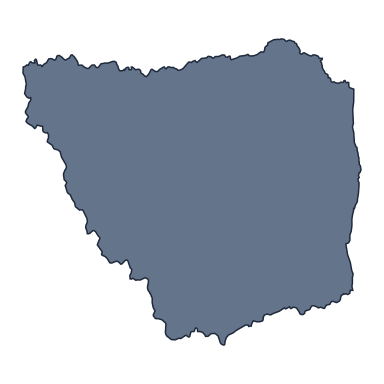 Maimine, Debub, Eritrea
{"feature_id": "51966322B74270898723774", "entity_name": "Maimine", "entity_type": "district", "adm_level": 2, "iso_a3": "ERI", "parent_name": "Eritrea", "parent_adm1": "Debub", "projection": "equal_earth", "projection_center": [38.484, 14.552], "detail": "fine", "context": "isolated", "style": "filled", "palette": "slate", "viewbox_px": 384, "rotation_deg": 0, "n_neighbors": 0, "source": "geoboundaries", "source_scale": "gbopen_adm2", "svg_char_len": 5771}
<svg xmlns="http://www.w3.org/2000/svg" viewBox="0 0 384 384"><path d="M361.0,169.8L360.4,166.0L359.2,164.0L359.3,161.9L358.9,161.2L358.9,157.8L358.4,156.5L357.8,152.2L357.3,151.2L357.0,147.6L355.6,146.0L355.3,144.6L354.4,142.8L353.7,132.1L352.6,127.9L352.6,126.1L353.4,123.5L352.7,109.7L353.7,101.7L353.8,89.1L349.6,87.7L348.9,86.7L348.7,82.5L347.8,82.3L346.3,82.6L345.5,82.0L345.1,80.6L344.5,80.5L343.9,80.8L343.4,82.1L342.9,82.4L340.7,82.2L339.3,83.1L336.8,83.1L335.0,82.5L334.0,81.8L332.8,82.3L331.4,81.7L331.1,81.3L330.5,78.7L329.4,77.5L328.2,77.7L327.9,74.9L327.5,74.4L325.2,73.3L324.3,71.1L323.3,69.9L322.1,66.9L322.3,65.6L321.7,64.5L321.5,62.6L320.5,61.5L320.5,60.8L322.1,59.7L322.3,58.3L319.5,58.4L319.0,58.0L318.6,56.8L318.0,56.1L315.2,55.0L313.0,54.9L311.7,55.9L309.9,55.8L304.2,52.8L303.1,53.0L301.6,54.2L300.0,53.4L299.5,52.8L300.1,51.6L300.0,50.3L298.8,47.8L297.4,46.1L296.4,43.6L295.0,43.1L294.2,41.6L292.1,41.1L290.4,40.2L288.9,40.2L286.6,41.3L285.5,40.8L284.0,39.3L281.2,38.9L279.6,39.5L278.0,39.3L273.9,39.7L268.2,42.6L267.8,43.1L267.5,45.3L265.5,46.6L265.0,47.5L264.4,50.6L263.6,52.1L260.8,51.9L256.9,54.7L253.6,55.8L250.5,56.0L249.0,55.6L248.2,54.5L247.7,54.4L245.6,55.4L239.7,56.2L237.3,57.8L231.5,59.7L230.6,59.3L230.4,57.3L230.0,56.3L229.2,56.1L227.2,57.2L225.9,57.2L224.6,55.2L223.8,54.9L221.5,55.1L219.1,56.4L215.1,56.6L213.4,58.2L212.6,58.1L211.2,56.8L208.4,56.3L207.7,56.6L206.6,57.9L201.6,58.4L197.3,62.3L196.5,62.3L195.1,60.5L192.4,61.5L191.5,62.5L189.7,62.0L188.5,62.2L183.2,68.4L181.5,69.5L179.1,70.3L177.7,70.1L176.6,68.9L175.1,68.6L173.3,67.4L171.5,67.6L168.8,66.8L167.6,67.1L166.1,68.8L165.6,68.7L164.2,66.9L163.5,67.1L159.4,69.5L158.4,70.9L156.7,71.7L155.0,71.3L151.9,69.2L151.1,69.6L149.0,73.7L146.5,76.6L144.7,76.0L142.9,74.2L141.1,73.2L140.5,70.6L139.6,69.5L137.9,69.2L135.7,69.8L132.5,67.1L131.3,67.1L131.5,69.1L131.2,69.6L129.2,69.8L128.9,69.5L128.9,67.9L128.5,67.4L127.3,67.3L125.6,68.4L124.7,70.2L124.1,69.5L123.0,70.6L119.8,70.8L118.6,69.0L118.0,66.4L116.7,64.3L116.3,62.4L114.4,61.3L112.8,61.4L107.9,63.1L105.4,63.0L101.0,63.8L98.4,67.2L97.7,67.7L96.3,67.4L94.5,65.0L92.5,65.0L91.5,65.4L88.6,68.4L87.5,68.5L84.9,67.5L81.9,65.1L78.5,65.2L78.1,64.7L77.8,62.4L77.2,61.2L74.7,57.3L72.1,54.8L71.4,54.9L70.7,55.5L69.6,57.7L65.4,60.1L64.4,59.6L61.2,56.6L59.2,55.5L57.7,55.6L56.9,56.2L56.0,58.9L55.0,60.0L54.3,60.2L52.8,59.1L51.3,58.6L48.7,58.9L46.6,62.6L43.6,64.5L42.3,66.3L41.8,66.4L41.5,65.6L40.6,65.0L38.1,65.2L37.6,64.6L36.3,59.5L35.5,59.2L34.3,60.8L34.9,62.1L35.0,62.7L34.7,63.1L32.0,62.8L31.0,61.8L30.3,61.8L29.5,62.7L28.4,65.3L26.9,64.9L25.2,66.3L23.2,67.0L23.0,73.2L25.0,76.9L26.3,84.3L25.7,86.3L25.6,88.7L24.6,93.6L26.6,96.7L27.8,97.7L29.1,98.2L30.3,97.5L30.7,97.6L30.9,98.2L30.6,100.4L28.8,102.9L28.0,106.6L25.5,111.1L25.5,112.9L28.3,116.6L28.3,117.3L27.1,118.6L26.0,121.2L26.4,122.1L28.2,123.7L32.4,126.1L34.6,128.5L35.5,128.0L37.2,125.1L40.5,126.1L42.6,126.3L42.9,130.9L43.4,131.8L45.7,132.9L47.5,132.8L48.5,134.8L48.5,137.7L47.4,140.6L47.3,141.9L52.1,145.2L53.7,148.5L54.7,149.1L57.8,149.9L60.1,151.6L61.6,157.3L65.8,164.5L66.4,166.4L66.4,167.2L65.9,168.7L64.8,170.4L63.6,173.5L63.5,174.9L64.2,179.7L66.4,181.9L66.7,182.9L65.2,185.5L67.3,192.3L67.7,193.0L70.3,194.9L72.3,199.5L74.6,202.7L75.4,206.6L79.5,210.1L81.0,209.8L82.3,209.9L83.0,210.4L86.9,218.4L87.1,219.4L87.3,222.2L85.9,225.4L85.7,227.8L86.9,230.9L87.3,233.7L88.3,233.8L89.9,233.3L92.8,230.6L93.9,230.6L95.5,231.6L98.1,235.8L99.6,237.4L99.8,238.4L99.3,239.9L98.4,241.8L97.3,244.9L101.8,251.2L102.2,252.7L101.5,253.8L101.8,255.0L105.5,256.8L107.3,258.7L109.8,262.8L110.2,262.9L111.9,263.0L115.3,261.6L117.3,261.2L119.1,262.4L120.6,264.1L121.8,264.0L124.8,260.9L126.2,260.0L126.7,259.9L127.9,260.9L130.2,267.9L131.6,269.0L131.7,269.5L131.3,272.7L129.9,275.3L130.1,278.9L131.3,279.1L133.0,278.3L135.8,280.3L137.2,279.9L140.4,280.0L145.2,277.6L148.1,279.3L148.5,281.3L147.5,286.9L147.6,288.6L148.2,290.5L149.5,292.2L149.7,293.1L150.9,294.5L151.3,296.3L152.2,297.9L152.2,302.8L152.9,306.1L153.2,307.5L155.0,311.0L153.3,314.7L153.4,315.9L155.5,318.6L158.4,318.7L162.0,319.8L165.7,323.1L165.9,325.0L165.4,332.4L165.8,334.4L166.9,336.1L171.4,339.6L175.4,339.8L179.0,338.2L180.7,338.6L185.7,335.3L186.4,335.5L188.4,337.0L189.6,336.8L190.9,332.0L192.0,331.5L193.8,331.6L194.4,331.0L195.2,328.3L196.4,327.9L197.4,329.1L197.6,331.5L200.6,331.7L202.6,332.4L204.9,334.9L205.5,336.4L208.0,336.3L211.2,333.6L215.0,333.5L218.0,335.8L220.5,343.1L221.7,344.4L223.9,345.1L224.7,344.5L225.2,341.0L226.3,337.7L228.5,335.0L233.3,332.8L236.1,330.5L245.8,324.9L248.2,325.2L248.8,326.5L250.6,326.0L251.1,326.2L251.8,323.7L253.2,320.8L256.9,321.8L259.9,321.7L262.4,321.0L263.1,319.9L263.2,318.1L263.0,317.4L263.6,316.9L264.0,315.5L264.7,315.0L267.2,314.0L269.6,314.8L271.2,314.7L273.1,313.5L279.2,311.3L284.3,307.9L285.6,308.9L289.6,306.8L289.8,307.6L290.9,308.6L293.7,307.1L296.5,308.0L298.9,311.5L299.9,313.8L301.5,314.6L303.0,314.5L304.6,313.4L305.0,311.5L305.5,310.9L309.3,309.7L310.0,309.2L310.8,307.3L312.0,305.8L313.9,305.8L316.7,306.8L318.2,307.9L320.8,307.2L324.0,308.5L324.5,308.2L326.3,305.2L329.9,304.3L330.8,302.4L331.6,301.6L333.0,301.3L336.1,302.5L337.2,302.4L339.6,300.9L340.4,299.3L340.8,296.7L341.6,295.1L342.8,294.7L343.5,293.8L344.2,294.2L345.7,293.8L347.8,294.5L349.8,293.3L350.2,290.3L352.8,290.4L351.9,286.3L352.4,283.5L352.4,277.6L353.1,273.9L351.8,270.8L350.3,262.5L347.6,254.7L345.8,243.9L348.6,242.8L349.9,240.3L349.9,235.0L351.2,231.3L351.9,225.9L351.9,219.0L352.8,213.4L353.5,211.1L353.6,209.0L353.8,208.2L354.2,208.0L354.5,208.3L355.5,205.0L357.4,201.5L357.4,199.5L358.4,193.7L359.0,185.3L359.0,182.4L358.4,181.5L358.0,179.0L359.2,177.5L358.5,175.7L359.1,173.1L359.2,172.7L360.1,172.3L361.0,169.8Z" fill="#64748b" stroke="#1e293b" stroke-width="1.5"/></svg>